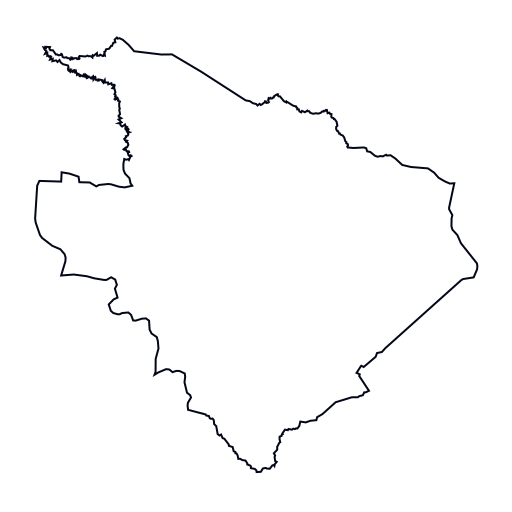 the district of Bua Yai, Nakhon Ratchasima, Thailand, rotated 181°
{"feature_id": "78962969B3783479012099", "entity_name": "Bua Yai", "entity_type": "district", "adm_level": 2, "iso_a3": "THA", "parent_name": "Thailand", "parent_adm1": "Nakhon Ratchasima", "projection": "albers", "projection_center": [102.418, 15.596], "detail": "fine", "context": "isolated", "style": "outline", "palette": "ink", "viewbox_px": 512, "rotation_deg": 181, "n_neighbors": 0, "source": "geoboundaries", "source_scale": "gbopen_adm2", "svg_char_len": 6072}
<svg xmlns="http://www.w3.org/2000/svg" viewBox="0 0 512 512"><g transform="rotate(181 256 256)"><path d="M59.0,332.2L63.5,331.8L68.5,333.9L74.8,337.4L79.3,342.4L85.6,346.6L102.6,347.7L111.4,349.6L118.4,355.9L123.3,359.1L126.8,358.7L127.7,359.5L131.0,357.8L133.3,358.1L136.0,357.4L138.7,358.2L143.5,362.0L146.7,362.6L147.7,365.7L150.1,366.4L160.3,365.7L166.2,366.1L166.7,367.0L165.9,368.2L166.2,369.5L167.7,370.3L167.6,371.4L168.7,372.3L169.9,376.1L171.4,378.0L173.7,378.9L174.2,379.9L175.0,379.8L176.2,382.3L177.1,382.5L178.1,384.3L178.1,386.4L176.9,387.7L177.8,391.7L179.9,394.4L180.6,394.3L181.0,395.3L182.7,395.7L183.2,396.7L183.0,399.2L184.6,399.5L185.1,400.6L186.9,400.0L187.7,403.3L188.6,403.3L189.1,402.4L190.8,402.3L190.9,401.6L192.5,401.6L193.7,400.3L196.3,399.4L198.3,399.8L201.4,399.2L204.3,400.1L205.2,401.6L206.6,401.6L207.1,402.3L209.6,400.6L212.5,401.9L213.3,400.4L215.1,401.3L215.8,403.4L217.3,403.3L217.4,404.8L218.3,405.3L218.4,406.2L221.6,407.0L227.5,410.6L228.1,410.1L228.5,411.1L229.4,410.5L230.9,411.4L234.8,416.0L236.3,416.1L237.0,417.0L236.8,418.0L237.6,418.1L240.6,416.2L241.0,414.8L242.2,414.6L242.4,413.9L244.0,413.7L244.5,414.3L245.1,413.6L246.1,414.1L246.6,412.1L245.8,410.1L246.3,409.6L248.3,409.2L248.8,410.7L249.6,410.9L249.8,410.1L252.7,407.7L253.9,407.1L255.1,408.2L257.1,406.5L258.5,408.0L261.8,408.7L264.8,410.7L269.0,411.4L314.0,439.3L343.5,456.1L354.2,455.8L381.4,458.6L387.2,465.0L393.0,469.9L396.3,471.4L398.0,470.9L398.9,472.0L401.1,469.9L400.4,467.2L402.4,466.7L403.6,463.6L404.6,463.5L406.4,460.7L409.6,460.0L410.2,457.8L411.2,457.5L410.6,453.9L411.7,454.5L411.9,453.4L412.6,453.2L415.3,454.6L416.1,453.6L418.3,453.4L418.6,456.1L421.6,453.5L422.7,453.9L423.0,451.6L424.5,452.9L426.8,452.8L428.0,453.4L430.0,452.5L435.9,452.9L436.7,451.7L435.9,450.6L436.1,450.0L438.2,449.7L438.8,450.7L440.4,450.7L442.7,449.7L442.9,451.0L444.1,451.3L444.2,449.7L445.1,449.0L446.0,450.4L448.1,450.6L448.9,451.4L451.3,451.0L452.8,451.6L453.5,454.2L454.3,454.7L454.9,453.6L456.8,453.2L458.4,454.1L459.5,453.9L462.7,458.2L465.2,458.1L466.2,459.6L465.6,461.3L470.1,461.5L469.8,460.2L472.0,460.8L470.7,458.3L469.1,457.1L470.4,454.5L468.2,455.4L468.2,452.4L466.9,452.7L466.3,451.6L465.0,452.2L464.3,451.8L465.4,448.8L462.7,449.7L463.0,447.2L459.3,448.1L457.9,446.5L455.9,448.5L454.6,446.1L452.3,444.4L447.3,443.2L446.7,441.5L447.3,440.2L447.0,438.5L446.3,437.9L445.2,439.4L444.5,439.3L445.3,437.9L444.8,436.8L443.8,437.7L442.8,437.0L442.2,438.3L440.7,438.7L440.7,436.5L440.0,436.2L439.2,437.4L438.9,435.9L437.6,435.3L438.2,434.7L438.1,433.9L436.4,434.8L435.5,432.7L434.8,432.7L434.4,433.7L432.3,432.7L431.5,434.2L430.6,433.0L430.0,434.7L428.5,433.6L429.8,432.6L427.8,432.6L428.9,431.6L428.3,430.8L426.4,432.0L425.2,431.8L424.0,430.7L423.5,431.4L422.6,430.7L423.0,431.9L422.0,432.8L421.7,430.3L421.0,431.9L419.9,432.3L419.6,431.5L420.5,430.6L419.4,429.4L418.1,429.7L417.6,428.6L416.2,428.7L416.1,429.8L412.6,429.1L412.8,427.9L411.5,426.5L410.3,429.1L409.9,426.8L407.0,426.9L406.7,425.1L403.6,426.2L403.2,424.6L400.5,424.7L400.3,423.8L401.1,423.3L400.8,422.2L402.1,422.2L402.6,421.3L400.6,421.0L399.4,417.1L400.4,415.4L399.1,414.3L399.7,412.9L397.9,412.1L400.1,410.4L399.6,409.9L397.3,411.1L396.4,410.2L396.7,408.9L394.8,408.1L395.5,406.2L395.3,402.3L394.7,401.1L395.3,399.7L394.4,395.4L395.9,393.7L395.7,392.9L393.1,391.4L395.8,390.1L392.8,387.3L395.7,386.3L394.1,386.0L393.6,384.3L392.1,383.1L389.3,385.1L389.0,383.8L387.4,382.9L388.9,381.7L388.8,380.7L388.1,379.9L387.3,381.6L386.0,381.1L385.6,380.2L387.0,378.2L384.6,377.5L386.3,376.7L385.8,375.2L386.3,374.2L388.2,373.5L387.9,372.6L389.8,370.7L389.1,369.6L386.9,369.0L387.9,367.9L386.2,367.0L385.6,365.0L386.8,362.5L388.0,362.3L390.3,360.4L389.6,359.8L388.1,360.6L387.3,358.6L384.9,358.4L384.7,357.7L386.2,357.5L385.3,354.7L384.5,353.8L383.1,354.6L382.2,353.8L383.3,353.1L384.7,349.8L385.3,350.6L387.5,350.0L389.4,350.7L390.2,345.8L390.1,341.8L389.9,339.6L388.4,336.1L383.9,331.6L382.7,326.4L381.0,324.1L388.5,322.3L394.2,322.9L402.4,325.2L405.2,325.4L414.2,324.3L416.9,322.8L423.5,326.6L433.9,326.7L434.8,332.2L443.9,335.1L451.8,336.3L452.1,327.0L473.9,327.3L476.0,322.5L477.5,289.7L476.9,285.7L472.4,273.3L470.2,270.3L459.8,262.6L451.7,259.3L447.4,254.5L446.3,250.9L446.5,247.3L450.5,233.1L437.9,234.3L424.7,232.8L417.5,230.9L407.4,229.4L405.0,229.5L400.5,232.2L396.4,230.0L394.6,224.7L396.5,220.9L393.7,212.0L397.5,210.2L402.4,205.0L400.2,198.7L397.7,196.5L393.2,195.3L391.2,195.4L389.0,196.6L382.7,197.3L379.9,195.0L377.7,189.4L375.1,189.3L369.1,191.3L365.0,191.7L361.8,189.5L361.1,180.6L359.1,176.7L353.8,173.2L352.6,169.0L351.9,161.7L354.5,151.5L354.4,138.5L355.4,135.5L351.6,137.9L343.9,141.3L340.7,141.0L337.4,138.4L333.8,139.7L330.5,139.7L325.2,137.3L324.7,134.3L325.3,128.5L322.6,118.1L319.4,115.7L318.5,113.4L321.5,108.1L321.8,105.1L321.2,101.0L303.6,96.7L302.9,95.6L300.3,95.2L299.4,93.0L298.1,92.4L296.6,92.7L295.4,91.2L294.9,87.2L292.8,85.2L291.2,77.2L289.3,75.9L287.8,76.9L286.2,73.3L284.5,72.8L279.9,67.0L279.8,65.7L276.0,64.6L274.9,60.4L273.2,59.7L273.1,58.4L272.1,58.3L271.0,56.6L270.1,52.8L268.4,53.0L266.1,51.7L262.9,51.3L261.0,48.3L261.1,47.4L258.0,46.3L257.4,45.5L257.4,43.8L253.5,43.1L251.9,41.7L251.6,40.0L247.4,40.3L245.4,43.7L242.6,44.3L241.6,43.7L238.6,43.5L236.0,46.9L234.5,47.4L233.9,46.5L233.6,48.2L231.7,50.5L233.3,51.4L233.9,55.4L233.4,56.8L234.7,59.0L231.4,62.7L231.5,65.5L229.4,69.7L228.5,70.3L229.3,73.3L229.2,75.8L227.3,76.6L227.1,77.8L226.2,78.3L226.6,78.9L224.0,82.9L221.1,82.4L220.5,83.6L217.1,83.0L215.7,84.0L214.1,83.6L212.9,84.4L211.7,84.2L209.8,86.7L208.8,91.2L203.3,90.5L198.8,92.2L192.8,92.9L192.1,95.9L186.8,99.1L173.8,111.2L157.8,116.4L151.8,116.5L150.2,117.7L146.7,118.7L145.4,121.6L143.9,121.6L140.7,123.2L150.7,137.8L150.2,139.5L153.4,140.9L149.3,147.5L148.8,148.1L146.4,146.9L134.6,157.3L133.3,161.1L128.5,162.2L124.9,166.3L50.1,235.7L48.4,236.6L38.0,238.4L34.7,246.6L34.5,250.0L35.0,252.5L51.3,272.3L55.0,280.4L60.1,285.8L61.1,289.2L61.1,296.8L60.4,300.3L63.7,306.1L63.8,307.6L59.0,332.2Z" fill="none" stroke="#020617" stroke-width="2"/></g></svg>